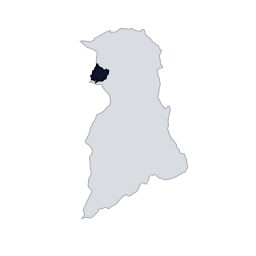 Mbaïki, Lobaye, Central African Republic (highlighted), rotated 104°
{"feature_id": "33826404B24481683700723", "entity_name": "Mbaïki", "entity_type": "district", "adm_level": 2, "iso_a3": "CAF", "parent_name": "Central African Republic", "parent_adm1": "Lobaye", "projection": "orthographic", "projection_center": [17.906, 4.007], "detail": "fine", "context": "in_parent", "style": "filled", "palette": "ink", "viewbox_px": 256, "rotation_deg": 104, "n_neighbors": 0, "source": "geoboundaries", "source_scale": "gbopen_adm2", "svg_char_len": 6291}
<svg xmlns="http://www.w3.org/2000/svg" viewBox="0 0 256 256"><g transform="rotate(104 128 128)"><path d="M175.5,95.9L177.7,96.5L178.2,97.2L177.6,99.5L178.0,100.9L179.3,102.1L180.6,102.6L181.8,102.8L186.1,103.6L187.9,104.4L190.2,107.0L193.2,109.4L194.0,110.7L193.8,111.8L193.0,113.3L193.1,113.8L194.5,115.2L196.1,116.7L198.9,118.3L203.9,120.7L206.1,122.4L206.9,123.7L208.2,125.1L210.0,126.3L211.1,127.3L210.4,130.1L210.6,131.0L211.1,131.8L212.1,132.9L212.6,134.3L213.6,136.0L214.8,136.8L216.8,137.1L217.9,137.9L220.1,139.2L222.3,140.4L223.2,141.2L223.8,142.0L224.3,142.8L224.6,143.7L224.6,145.6L225.0,147.9L226.2,149.5L227.3,150.7L222.9,149.3L222.3,149.3L221.5,149.6L219.2,151.3L218.5,151.5L215.6,151.2L208.6,149.9L203.2,148.7L201.6,148.2L198.7,147.8L196.8,148.7L195.1,151.7L194.6,152.3L191.8,153.2L190.4,153.0L187.2,153.8L182.2,152.6L180.4,152.9L179.0,153.5L175.4,154.9L173.2,155.7L170.7,156.4L168.3,157.5L166.6,158.1L165.0,158.1L163.6,157.5L162.0,157.0L160.1,156.9L158.2,157.2L156.5,158.4L155.8,159.3L154.4,161.5L152.7,165.2L152.0,166.0L151.4,166.3L143.5,164.5L140.1,164.1L137.8,164.7L135.0,163.7L133.7,163.5L133.1,163.9L131.5,163.4L128.9,162.2L126.4,161.6L124.2,161.8L122.8,161.4L121.7,160.2L120.2,158.0L117.7,155.8L114.2,154.0L112.1,152.7L111.2,151.8L109.3,151.3L106.5,151.2L103.8,152.1L99.9,154.8L96.2,160.5L94.2,162.7L92.6,163.3L92.2,164.6L93.0,166.8L93.2,169.3L92.6,173.6L92.8,176.7L92.0,176.2L91.1,174.7L90.7,174.4L88.3,175.1L87.1,175.7L86.4,176.3L85.9,176.3L85.1,175.5L84.5,175.4L83.6,175.6L82.6,175.5L82.0,175.4L81.6,175.5L80.5,175.0L76.3,173.8L75.6,173.4L74.8,173.5L72.6,174.5L71.5,174.8L68.1,175.5L64.4,175.8L63.0,175.8L62.0,176.2L61.4,176.9L60.3,180.8L60.0,181.5L60.0,182.5L59.7,185.6L59.8,186.6L55.4,195.3L54.7,193.8L54.2,192.1L54.1,190.2L54.2,189.7L53.9,189.1L53.5,187.5L53.9,186.5L53.6,185.4L52.7,184.4L52.0,183.6L51.5,182.8L51.2,182.5L50.3,182.4L49.2,182.0L44.3,176.9L39.2,171.2L38.2,169.4L37.8,168.3L39.0,168.2L39.4,168.0L39.4,167.5L38.6,166.0L38.3,164.1L37.6,163.0L35.7,161.3L33.8,159.9L33.2,159.2L32.8,158.3L32.1,152.1L31.8,150.3L31.2,149.6L30.8,149.2L30.6,148.8L30.7,147.7L31.0,146.7L31.0,146.3L31.5,145.4L31.5,139.7L30.9,138.9L29.8,138.9L29.2,138.1L28.7,137.0L28.8,136.3L29.9,135.2L30.7,134.7L32.8,133.8L33.4,133.3L33.8,132.8L34.1,132.0L35.3,129.1L37.2,126.2L38.0,125.6L39.9,121.3L40.3,120.2L40.7,119.1L41.3,118.2L43.3,116.8L44.9,114.2L46.5,114.4L48.3,114.8L50.5,115.0L52.2,114.5L53.3,113.5L58.6,111.8L59.0,110.4L59.9,109.7L60.8,109.1L61.2,109.0L61.3,109.4L61.8,110.9L63.1,112.3L64.8,113.8L65.3,113.7L66.5,112.6L69.2,111.8L69.9,111.5L71.9,109.8L74.3,108.7L75.7,108.3L78.1,107.2L79.8,107.3L82.5,107.2L87.1,106.6L90.4,106.4L92.0,106.2L92.5,106.0L93.1,104.3L93.6,103.9L94.8,103.2L97.3,100.7L98.8,98.6L99.3,97.8L99.7,97.7L100.3,96.8L99.7,95.9L96.9,94.1L97.0,93.8L96.8,93.5L97.0,93.2L98.0,92.5L99.4,91.6L100.9,91.3L104.8,91.3L108.1,91.2L108.8,91.2L111.4,90.8L113.2,90.4L115.0,89.5L119.1,89.5L122.5,87.3L123.5,86.8L123.9,86.5L124.0,86.1L125.6,85.2L127.4,83.4L128.8,81.7L129.2,80.5L133.0,76.5L134.3,76.5L135.0,76.1L136.5,73.4L137.0,72.9L138.5,72.4L139.3,71.6L139.9,70.4L139.9,69.0L139.6,67.8L139.6,67.2L140.0,66.7L140.6,66.2L143.5,64.7L144.2,64.0L144.6,63.4L145.5,63.3L146.4,63.3L146.9,63.0L147.5,62.3L149.6,61.4L151.4,60.7L153.4,61.0L157.0,61.9L158.1,63.8L158.6,64.4L163.1,68.9L163.9,70.0L166.2,73.2L167.5,75.4L169.1,78.6L169.3,80.3L169.1,81.8L168.9,86.0L168.5,87.2L166.6,89.5L166.5,90.5L167.0,91.4L167.6,91.7L167.9,92.1L167.7,94.1L168.4,94.9L169.9,95.4L173.6,95.7L175.5,95.9Z" fill="#d9dde1" stroke="#a8b0b8" stroke-width="1"/><path d="M91.4,170.2L90.8,169.8L90.7,169.4L90.4,169.2L89.9,169.0L89.7,168.5L89.4,168.1L88.8,167.7L88.7,167.4L88.9,166.9L88.9,166.4L88.8,165.7L88.8,165.2L88.4,164.5L87.7,163.6L86.8,163.6L86.5,163.3L86.0,162.2L85.7,161.8L85.4,161.5L85.2,161.7L85.2,161.8L84.8,161.9L84.6,162.0L84.4,162.0L84.3,161.9L84.2,161.6L83.7,161.6L83.4,161.5L83.1,161.4L82.8,161.4L82.5,161.4L82.4,161.5L82.2,161.7L82.1,161.8L81.9,161.7L81.6,161.4L81.4,161.4L81.3,161.5L81.2,161.5L81.0,161.4L80.9,161.3L80.9,161.2L80.8,160.9L80.7,160.7L80.3,160.7L80.2,160.5L80.0,160.4L79.8,160.4L79.6,160.5L79.3,160.6L79.1,160.6L78.9,160.6L78.7,160.6L78.4,160.7L78.3,160.8L78.2,160.8L77.9,160.8L77.7,160.7L77.4,160.6L77.2,160.7L77.1,160.8L76.9,160.9L76.8,161.2L76.8,161.5L77.0,162.3L77.0,162.5L76.9,162.8L76.7,162.9L76.5,163.0L76.4,163.1L76.6,163.4L76.9,163.6L77.1,163.8L77.2,164.0L77.6,164.5L77.9,164.7L78.0,164.8L78.5,165.3L78.6,165.5L78.6,165.8L77.7,166.3L77.1,166.5L76.9,166.8L76.8,167.0L76.7,167.2L76.6,167.6L76.1,168.5L76.2,169.4L76.1,169.9L75.8,170.4L75.7,170.7L75.8,170.9L75.8,171.0L75.7,171.1L75.3,171.4L75.3,171.6L75.6,171.7L75.7,171.8L75.9,171.9L76.0,172.2L75.9,172.4L75.5,172.3L75.1,172.3L74.8,172.4L74.5,172.5L74.2,172.5L73.9,172.7L73.8,172.8L73.6,173.1L73.5,173.4L73.8,174.3L73.8,174.2L74.0,174.0L74.0,173.9L74.2,173.7L74.3,173.7L74.5,173.5L74.8,173.5L74.9,173.4L75.0,173.4L75.0,173.2L75.3,173.1L75.5,173.0L75.8,173.2L75.8,173.3L76.0,173.5L76.3,173.5L76.5,173.6L76.6,173.8L76.7,174.0L76.8,174.0L77.0,174.0L77.3,174.1L77.4,174.3L77.5,174.3L77.8,174.3L78.0,174.3L78.3,174.3L78.5,174.3L78.8,174.4L79.0,174.4L79.3,174.3L79.3,174.2L79.5,174.2L79.7,174.3L79.8,174.4L79.9,174.5L80.0,174.5L80.3,174.5L80.5,174.5L80.8,174.5L80.9,174.8L80.9,175.0L81.0,175.1L81.1,175.3L81.2,175.5L81.2,175.8L81.3,175.8L81.4,175.7L81.5,175.7L81.8,175.5L82.0,175.5L82.2,175.4L82.3,175.4L82.4,175.2L82.5,175.1L82.7,175.3L82.8,175.4L82.8,175.5L83.0,175.6L83.3,175.7L83.5,175.7L83.8,175.5L83.9,175.4L84.0,175.4L84.3,175.3L84.5,175.3L84.8,175.3L85.0,175.3L85.3,175.4L85.4,175.5L85.5,175.5L85.8,175.6L85.9,175.8L86.0,176.0L86.0,176.3L86.0,176.5L86.3,176.6L86.5,176.6L86.8,176.5L86.9,176.4L87.0,176.4L87.1,176.2L87.3,176.0L87.3,175.9L87.4,175.7L87.4,175.4L87.5,175.3L87.5,175.2L87.8,175.1L88.0,175.1L88.3,175.1L88.5,175.0L88.8,175.0L89.0,175.0L89.3,175.1L89.5,175.2L89.7,174.9L89.8,174.8L89.3,174.2L89.5,174.0L89.5,173.9L89.5,173.7L89.4,173.5L89.5,173.2L89.8,172.7L89.9,172.4L90.0,172.2L89.9,171.9L89.8,172.0L89.6,172.1L89.4,172.1L89.2,172.0L88.8,171.7L88.3,171.7L88.0,171.7L87.8,171.5L87.7,171.4L87.6,171.1L88.0,170.6L88.6,170.0L89.0,169.8L89.2,169.7L89.4,169.5L89.6,169.5L89.8,169.6L90.0,169.8L90.3,170.0L90.5,170.2L90.7,170.3L91.1,170.3L91.4,170.2Z" fill="#0f172a" stroke="#020617" stroke-width="1.5"/></g></svg>